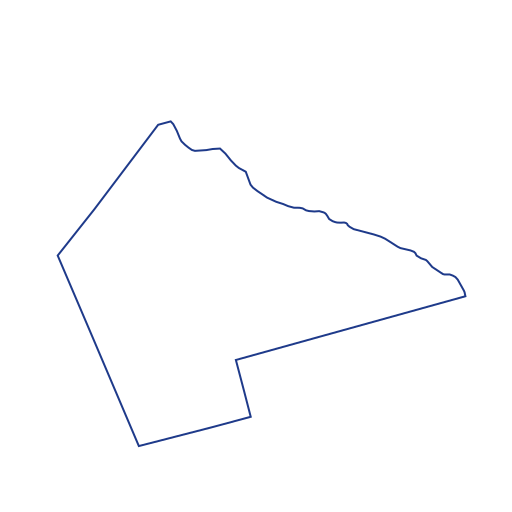 the district of Pike, Missouri, United States of America, rotated 344°
{"feature_id": "52423323B3940547538762", "entity_name": "Pike", "entity_type": "district", "adm_level": 2, "iso_a3": "USA", "parent_name": "United States of America", "parent_adm1": "Missouri", "projection": "albers", "projection_center": [-90.992, 39.369], "detail": "fine", "context": "isolated", "style": "outline", "palette": "blue", "viewbox_px": 512, "rotation_deg": 344, "n_neighbors": 0, "source": "geoboundaries", "source_scale": "gbopen_adm2", "svg_char_len": 1122}
<svg xmlns="http://www.w3.org/2000/svg" viewBox="0 0 512 512"><g transform="rotate(344 256 256)"><path d="M91.0,406.4L168.0,408.5L206.6,409.1L207.3,382.5L208.0,350.4L446.2,352.4L446.5,348.3L446.3,346.6L443.4,334.3L441.9,331.2L439.8,329.1L437.2,327.2L432.1,325.7L430.7,324.9L422.4,315.2L419.2,308.1L418.2,306.6L414.0,303.7L410.5,299.9L410.0,297.2L409.0,295.5L406.0,293.2L397.0,288.2L394.7,286.1L384.9,275.0L381.1,271.7L375.1,267.7L357.3,257.1L354.0,253.7L352.7,251.7L352.5,250.3L351.5,249.0L349.9,248.1L346.5,247.3L343.2,246.2L341.4,245.2L339.2,243.6L336.5,240.6L335.6,237.1L335.1,235.7L334.8,234.8L333.9,233.5L333.0,232.7L329.1,230.3L324.4,229.3L319.3,227.4L316.7,225.9L314.0,223.1L311.3,221.7L305.7,220.0L300.6,216.9L296.4,213.5L290.4,209.5L282.8,203.0L275.2,193.9L271.9,189.4L270.4,185.9L269.4,172.2L263.8,166.7L261.5,163.5L258.2,157.2L254.8,149.1L251.0,142.8L243.8,141.2L237.4,140.5L226.3,138.1L223.6,136.4L221.0,133.2L218.4,129.5L216.0,125.3L215.3,122.2L214.4,114.0L213.0,107.3L212.8,106.4L211.1,103.1L198.1,102.9L113.4,166.6L65.5,200.9L76.5,288.9L91.0,406.4Z" fill="none" stroke="#1e3a8a" stroke-width="2"/></g></svg>